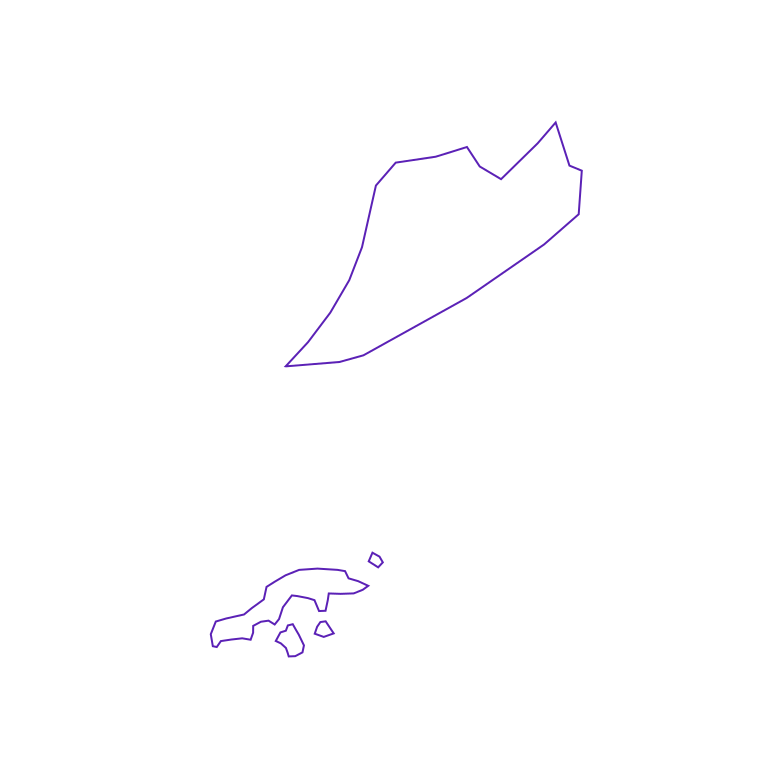 SVG path tracing the border of Al Janūbīyah, rotated 54°
{"feature_id": "BHR-4926", "entity_name": "Al Janūbīyah", "entity_type": "Governorate", "adm_level": 1, "iso_a3": "BHR", "parent_name": "Bahrain", "parent_adm1": "", "projection": "orthographic", "projection_center": [50.722, 25.854], "detail": "fine", "context": "isolated", "style": "outline", "palette": "violet", "viewbox_px": 768, "rotation_deg": 54, "n_neighbors": 0, "source": "natural_earth", "source_scale": "10m", "svg_char_len": 1271}
<svg xmlns="http://www.w3.org/2000/svg" viewBox="0 0 768 768"><g transform="rotate(54 384 384)"><path d="M361.1,126.7L365.2,172.5L363.0,266.5L348.7,383.8L340.0,407.1L312.1,452.9L311.9,453.1L305.5,420.9L294.7,385.5L279.6,351.1L260.4,321.4L218.7,273.9L211.8,244.4L230.5,208.6L235.8,193.1L241.0,177.6L264.3,178.7L287.1,168.9L279.6,118.2L273.3,91.4L316.3,105.6L327.7,98.6L361.1,126.7ZM512.5,525.5L520.4,526.9L528.3,520.8L538.0,515.4L538.0,522.1L535.6,531.6L528.3,542.4L521.0,551.8L525.8,556.5L533.1,564.6L529.5,570.0L518.0,567.3L512.5,571.4L504.6,578.8L500.9,582.8L505.2,597.0L512.5,607.1L514.3,613.8L507.6,616.5L504.0,623.3L502.8,632.0L508.3,636.1L512.5,642.2L506.4,648.2L501.0,657.7L496.1,667.1L498.5,673.9L495.5,676.6L484.6,671.2L477.3,659.7L480.9,649.6L488.2,632.7L487.6,622.6L487.6,607.8L479.1,598.3L479.7,588.9L480.9,576.1L484.5,561.9L494.2,546.4L507.0,530.9L512.5,525.5ZM530.7,599.7L536.8,600.3L548.4,602.4L553.2,607.7L552.0,615.8L548.4,621.2L544.7,619.9L539.9,618.5L533.2,619.9L528.3,622.6L524.1,613.8L525.9,608.4L522.8,603.7L524.7,599.0L530.7,599.7ZM541.7,570.7L556.2,571.3L553.2,581.4L545.3,586.8L541.1,580.8L539.2,575.4L541.7,570.7ZM513.7,492.5L521.0,489.1L527.6,489.8L528.9,496.5L518.5,500.6L513.7,492.5Z" fill="none" stroke="#5b21b6" stroke-width="2"/></g></svg>